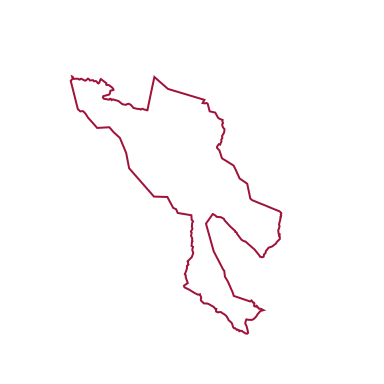 San Pedro Yólox, Oaxaca, Mexico (orthographic projection), rotated 248°
{"feature_id": "50627088B72857929958345", "entity_name": "San Pedro Yólox", "entity_type": "district", "adm_level": 2, "iso_a3": "MEX", "parent_name": "Mexico", "parent_adm1": "Oaxaca", "projection": "orthographic", "projection_center": [-96.522, 17.634], "detail": "fine", "context": "isolated", "style": "outline", "palette": "rose", "viewbox_px": 384, "rotation_deg": 248, "n_neighbors": 0, "source": "geoboundaries", "source_scale": "gbopen_adm2", "svg_char_len": 4716}
<svg xmlns="http://www.w3.org/2000/svg" viewBox="0 0 384 384"><g transform="rotate(248 192 192)"><path d="M170.7,182.7L166.2,181.3L164.4,182.0L163.1,180.5L159.7,178.8L157.8,178.7L156.6,177.3L155.6,176.1L154.2,176.4L151.8,174.7L150.6,174.8L148.7,174.8L147.2,174.0L146.3,174.0L146.3,173.6L142.2,171.4L140.7,172.4L138.4,170.6L134.9,170.3L131.7,167.4L129.6,162.5L129.4,162.0L128.7,162.2L126.8,161.4L126.0,161.5L125.3,159.6L123.1,158.7L121.1,157.1L118.4,154.5L117.1,155.0L115.2,154.2L109.2,154.0L108.1,149.4L106.4,149.3L103.0,152.4L97.1,156.8L94.7,158.9L94.7,159.2L94.5,159.7L94.3,160.1L94.2,160.5L94.2,161.0L93.6,160.9L93.3,160.7L92.5,161.0L91.4,161.1L90.8,160.9L90.4,160.9L89.9,160.4L89.3,160.0L88.1,159.7L87.3,159.9L87.0,160.1L86.6,160.2L86.3,160.5L85.7,160.7L85.1,160.9L84.7,161.1L84.2,161.4L83.8,162.2L83.1,164.0L82.0,165.4L80.7,166.4L79.3,167.5L78.2,168.5L77.4,168.9L76.7,169.3L75.6,169.7L74.9,169.8L74.5,170.7L73.2,170.0L72.6,169.6L71.9,169.7L71.5,170.2L71.2,170.6L70.7,170.9L70.6,171.6L70.3,172.7L70.0,173.6L69.4,174.1L68.0,175.0L67.0,175.8L65.4,176.8L65.0,177.0L64.1,177.4L62.8,177.7L62.3,177.6L61.5,177.9L61.1,177.9L60.6,177.9L60.0,177.8L58.6,178.4L56.8,179.3L55.9,179.7L55.2,179.8L54.1,179.8L53.5,179.7L51.5,179.5L50.7,179.7L49.8,180.0L49.6,180.9L47.5,181.9L47.5,182.6L46.8,183.0L46.4,183.1L46.1,183.9L45.2,183.8L45.1,185.3L44.4,186.2L43.2,187.0L42.1,187.7L40.9,188.6L40.0,189.9L40.3,191.1L41.8,191.6L43.0,191.7L44.2,192.0L45.0,192.0L46.8,192.3L47.6,192.3L48.4,192.3L48.9,192.2L49.5,192.2L49.9,192.1L50.5,192.3L50.9,192.6L51.7,193.1L52.2,193.5L52.7,194.0L53.1,194.2L53.2,194.3L53.5,194.8L52.9,195.6L52.5,196.3L52.0,197.1L51.8,197.9L51.5,198.5L51.4,198.8L51.0,199.4L51.0,200.6L51.1,201.5L51.5,202.6L52.2,204.3L52.8,205.2L53.1,205.8L54.1,207.0L55.2,209.3L55.7,210.0L56.0,211.0L55.7,213.9L55.8,213.8L56.3,213.4L57.3,212.7L58.1,211.8L58.2,211.3L58.7,210.4L59.1,210.1L60.0,210.2L60.4,210.0L60.8,209.4L61.4,209.3L62.2,209.4L62.4,209.2L61.9,208.2L62.3,207.5L63.0,206.9L63.3,206.9L65.3,208.1L66.1,208.0L66.4,207.3L67.2,206.9L67.5,207.1L69.2,206.5L68.8,204.8L80.0,191.8L83.6,192.1L95.8,191.7L101.1,190.8L106.9,192.4L108.0,191.9L128.8,189.9L148.5,192.1L157.4,193.1L163.8,203.0L163.7,203.2L161.1,205.1L159.8,205.4L157.8,209.4L155.2,211.5L153.5,211.6L145.5,214.6L139.8,217.4L139.0,217.1L138.5,217.3L138.1,218.0L137.6,218.2L136.3,218.1L129.2,220.0L127.7,221.1L127.5,221.3L126.8,221.9L126.7,222.2L126.3,222.6L126.1,223.0L114.7,228.7L114.4,228.7L107.5,230.8L107.0,230.7L106.5,230.8L105.6,232.2L105.4,232.3L105.1,233.5L105.1,234.1L106.1,234.8L107.1,235.3L107.6,236.7L107.9,237.3L109.6,238.4L110.3,239.7L110.7,240.5L111.7,242.2L111.6,243.1L111.5,246.0L112.8,250.7L113.3,251.2L113.9,251.9L115.5,255.8L117.9,256.7L118.4,256.2L119.5,256.6L119.7,257.4L120.0,257.5L120.8,256.7L124.2,257.6L125.3,258.7L127.3,260.3L128.0,260.4L129.0,260.4L130.6,261.4L132.7,263.1L133.5,263.6L134.0,263.7L134.9,264.6L135.7,264.6L136.3,265.2L136.2,265.5L136.9,265.9L137.8,265.8L138.2,266.2L138.7,266.8L139.4,266.8L140.1,266.5L141.3,265.9L146.8,260.2L153.1,253.8L153.7,253.2L156.1,250.6L159.2,247.5L161.8,244.8L164.0,243.6L179.0,246.3L186.7,241.2L195.1,240.9L200.9,240.5L212.0,232.4L220.2,233.0L223.7,231.7L224.8,232.4L226.3,234.8L225.4,235.9L226.7,237.0L227.6,238.1L229.7,238.9L230.7,240.4L232.6,240.8L234.0,242.6L234.9,243.8L236.5,244.9L238.4,245.7L239.5,245.1L241.4,244.9L243.4,245.3L244.3,246.6L246.1,246.6L247.3,247.4L249.2,245.3L250.9,244.0L256.9,243.3L260.2,238.6L267.9,239.6L269.1,238.8L269.4,237.0L270.5,235.2L272.8,238.0L296.6,208.3L312.7,200.2L299.1,191.0L284.5,181.3L284.6,181.0L284.7,180.8L284.8,180.6L285.1,180.4L285.3,180.2L286.5,178.4L287.6,177.5L287.8,177.1L287.6,175.4L288.6,174.7L288.9,173.8L289.8,172.1L291.9,169.2L293.6,168.7L295.9,167.8L297.5,166.4L297.8,164.7L297.6,163.3L299.4,160.4L303.9,157.9L307.5,153.3L307.3,151.9L308.9,151.5L309.1,150.7L308.7,149.6L311.5,145.2L313.1,144.8L314.1,145.7L313.4,151.7L314.3,152.9L316.4,154.2L316.5,154.7L316.0,156.9L316.1,157.5L317.1,157.6L318.1,157.3L318.6,157.2L322.1,155.1L322.9,153.9L323.3,152.8L324.1,152.8L325.0,153.3L330.9,149.8L330.8,149.5L328.1,147.0L327.7,146.0L328.2,145.4L329.6,145.1L330.7,144.6L331.1,143.9L331.4,142.6L332.7,142.2L333.7,139.1L334.9,138.8L336.1,138.0L335.2,135.5L335.2,134.8L335.5,134.4L338.6,131.6L338.6,130.7L338.3,130.1L338.6,129.5L339.7,128.7L340.6,126.6L341.1,124.8L343.7,124.4L344.0,124.1L341.9,123.9L340.9,122.1L340.5,121.2L330.3,119.8L311.6,117.2L310.2,117.9L308.6,118.6L307.9,121.1L306.9,121.7L304.1,122.7L300.1,123.4L286.9,128.1L283.0,139.6L276.7,141.8L269.1,145.4L252.9,145.6L237.6,142.6L237.0,142.8L202.0,155.0L196.6,167.3L187.2,168.3L184.3,168.6L182.0,170.8L177.9,170.9L175.4,175.0L170.7,182.7Z" fill="none" stroke="#9f1239" stroke-width="2"/></g></svg>